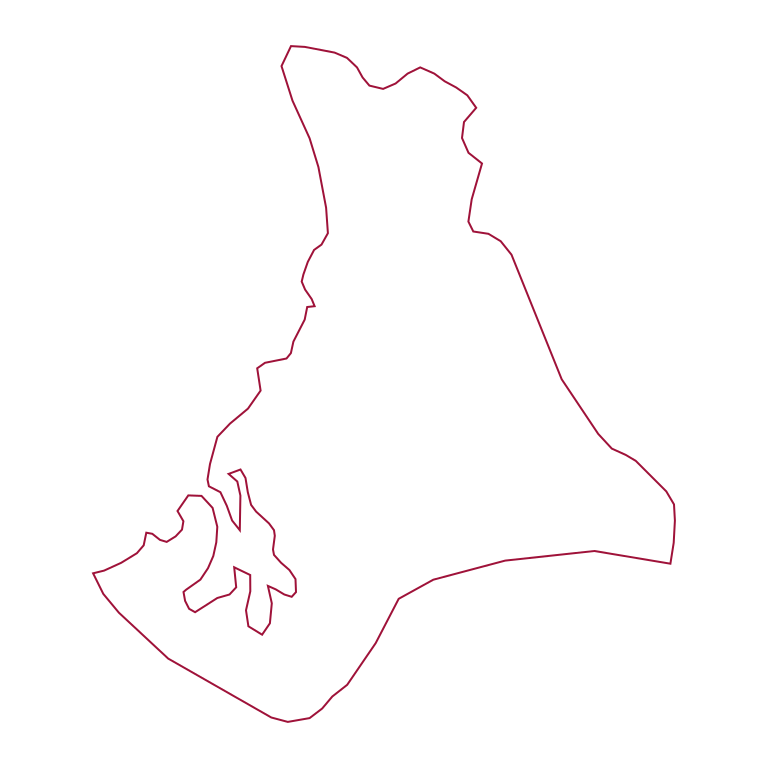 an SVG outline of North Andros
{"feature_id": "BHS-5019", "entity_name": "North Andros", "entity_type": "District", "adm_level": 1, "iso_a3": "BHS", "parent_name": "The Bahamas", "parent_adm1": "", "projection": "albers", "projection_center": [-78.177, 24.834], "detail": "fine", "context": "isolated", "style": "outline", "palette": "rose", "viewbox_px": 768, "rotation_deg": 0, "n_neighbors": 0, "source": "natural_earth", "source_scale": "10m", "svg_char_len": 1802}
<svg xmlns="http://www.w3.org/2000/svg" viewBox="0 0 768 768"><path d="M347.2,684.8L332.3,696.5L322.2,708.5L309.6,718.1L287.8,721.9L271.3,717.5L168.2,658.6L118.9,612.7L103.3,593.9L93.1,573.3L104.1,570.6L121.2,562.8L136.9,553.2L143.7,545.3L146.3,532.7L152.3,533.8L160.0,539.9L166.7,541.9L175.6,536.4L182.0,529.6L183.4,521.2L177.5,511.0L188.3,495.4L201.5,495.9L212.6,507.9L217.3,526.8L216.3,542.3L213.3,556.0L208.0,568.2L200.4,579.6L186.0,589.8L183.5,592.0L185.1,600.9L189.1,608.8L195.1,612.2L217.3,598.0L229.5,594.5L236.2,587.3L234.2,567.3L250.2,575.0L250.3,591.3L246.0,610.3L248.4,626.3L262.1,634.7L269.9,623.3L271.8,603.3L267.9,585.9L275.8,589.4L284.3,594.5L291.7,596.8L296.0,592.1L295.5,579.1L289.4,570.0L281.1,562.8L274.0,554.9L273.0,549.5L274.8,535.8L274.0,530.2L269.0,523.4L256.1,511.6L251.1,504.9L247.8,492.2L245.5,478.0L240.5,469.5L228.6,473.9L237.3,481.5L240.4,495.6L239.8,530.2L232.1,520.5L226.8,505.8L220.4,492.2L208.9,486.3L207.5,479.5L210.0,464.0L217.4,436.8L230.0,423.6L248.0,408.6L260.6,390.6L257.2,368.3L265.0,362.8L286.5,358.5L290.9,353.1L293.4,341.6L304.7,319.6L307.2,307.0L314.6,306.2L311.7,299.1L305.1,289.6L301.7,281.6L303.4,274.5L307.8,261.9L314.1,249.9L321.5,244.6L327.9,233.2L326.1,207.7L318.4,167.0L309.6,138.3L292.5,100.7L281.5,66.1L291.0,46.1L304.8,46.9L334.6,52.6L347.0,57.9L357.0,67.4L362.6,77.5L369.4,85.6L383.1,88.9L395.6,83.5L407.6,73.6L420.2,67.4L434.3,73.6L444.7,81.3L456.2,87.5L467.3,95.3L476.2,107.8L464.0,122.0L462.0,138.0L468.5,152.8L482.0,163.5L471.7,199.3L468.4,221.6L473.3,231.5L488.4,233.8L500.7,241.2L511.5,254.7L561.7,379.3L598.2,433.9L611.8,448.6L625.9,455.0L635.8,460.9L666.3,491.4L674.0,504.4L674.9,520.6L673.7,542.8L670.4,563.7L594.4,551.0L505.2,560.6L433.3,579.7L398.7,598.8L375.7,643.1L347.2,684.8Z" fill="none" stroke="#9f1239" stroke-width="2"/></svg>